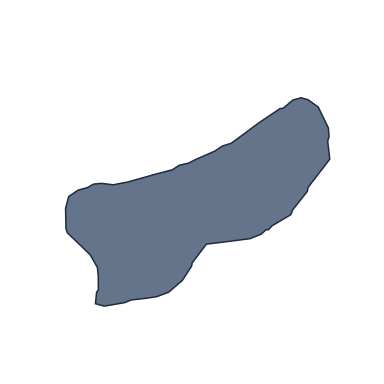 Santa María Visitación, Sololá, Guatemala, rotated 222°
{"feature_id": "79465075B29728839269099", "entity_name": "Santa María Visitación", "entity_type": "district", "adm_level": 2, "iso_a3": "GTM", "parent_name": "Guatemala", "parent_adm1": "Sololá", "projection": "albers", "projection_center": [-91.331, 14.7], "detail": "fine", "context": "isolated", "style": "filled", "palette": "slate", "viewbox_px": 384, "rotation_deg": 222, "n_neighbors": 0, "source": "geoboundaries", "source_scale": "gbopen_adm2", "svg_char_len": 841}
<svg xmlns="http://www.w3.org/2000/svg" viewBox="0 0 384 384"><g transform="rotate(222 192 192)"><path d="M209.6,221.8L210.8,219.3L213.9,211.2L219.3,203.4L221.6,195.2L230.2,182.2L246.5,156.4L255.4,144.6L265.0,137.9L270.4,132.1L272.7,125.3L277.9,117.2L280.6,106.2L275.0,95.2L261.1,80.4L257.5,78.3L225.6,77.2L211.8,72.6L205.5,66.9L196.2,56.7L195.8,53.6L189.0,44.4L180.8,48.5L168.0,64.7L165.0,71.0L154.9,82.4L148.1,90.7L142.3,101.9L140.0,119.9L142.7,136.8L144.4,139.3L146.4,162.9L135.4,175.5L117.6,196.2L112.3,207.2L111.7,213.7L109.9,215.1L109.9,220.4L103.4,241.3L105.2,246.0L106.7,269.5L108.8,273.1L111.6,308.6L125.1,320.5L127.4,325.1L133.6,330.9L155.0,339.6L167.6,338.2L174.0,335.0L178.6,327.8L180.3,315.2L182.4,312.9L188.4,289.1L195.4,254.6L200.1,246.7L202.5,237.5L209.6,221.8Z" fill="#64748b" stroke="#1e293b" stroke-width="1.5"/></g></svg>